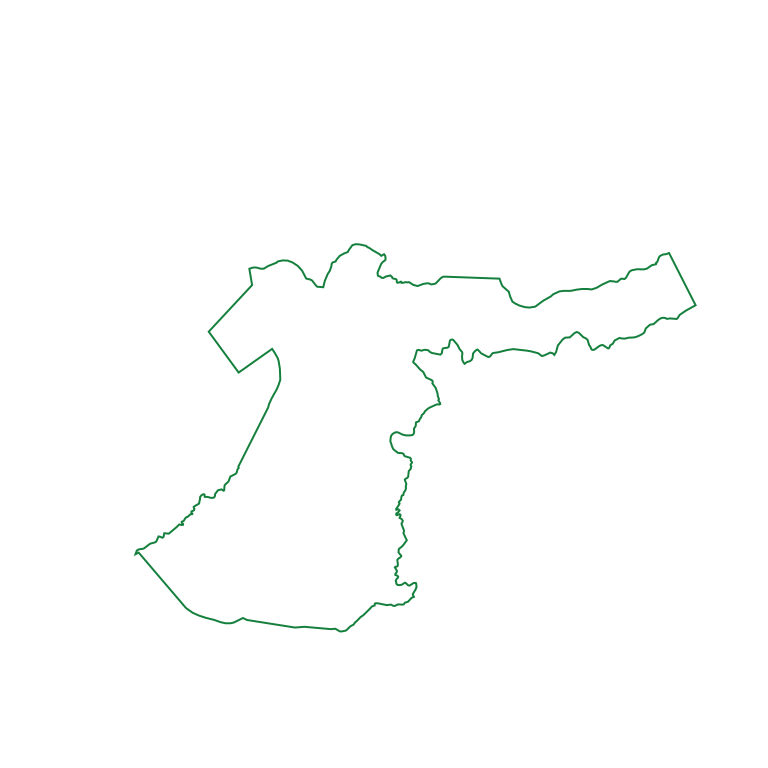 the district of Marcala, La Paz, Honduras, rotated 227°
{"feature_id": "27666195B78924696380449", "entity_name": "Marcala", "entity_type": "district", "adm_level": 2, "iso_a3": "HND", "parent_name": "Honduras", "parent_adm1": "La Paz", "projection": "robinson", "projection_center": [-88.047, 14.123], "detail": "fine", "context": "isolated", "style": "outline", "palette": "green", "viewbox_px": 768, "rotation_deg": 227, "n_neighbors": 0, "source": "geoboundaries", "source_scale": "gbopen_adm2", "svg_char_len": 6154}
<svg xmlns="http://www.w3.org/2000/svg" viewBox="0 0 768 768"><g transform="rotate(227 384 384)"><path d="M207.9,260.7L210.1,261.3L210.7,261.8L212.3,267.3L213.5,269.5L216.4,271.6L217.2,271.2L218.3,269.8L219.1,265.4L220.1,264.4L224.0,264.1L224.5,263.6L225.0,260.4L226.2,258.3L227.8,256.9L229.3,256.8L232.2,258.5L232.7,259.9L232.9,262.2L233.5,263.0L234.6,263.0L236.7,262.1L237.4,262.9L237.7,265.0L238.5,266.0L242.5,266.9L242.5,267.8L241.7,268.9L241.6,269.7L242.3,270.9L246.2,273.7L246.5,275.1L246.1,277.7L246.2,278.9L246.6,279.5L250.8,279.7L253.0,281.9L253.2,283.6L252.9,285.2L253.0,288.0L254.2,294.1L261.7,296.5L262.6,298.1L263.5,298.8L269.6,301.3L270.2,302.0L270.4,303.3L271.2,304.5L273.1,304.8L275.5,304.1L276.4,306.2L277.0,306.8L278.1,306.7L279.2,304.0L280.2,303.8L280.9,304.9L280.5,306.8L280.9,309.2L282.6,309.0L283.6,307.2L284.3,307.6L285.6,313.2L285.9,313.8L287.1,314.0L287.6,314.7L287.8,317.5L289.9,320.3L290.2,321.2L289.6,322.4L291.2,324.5L291.3,325.9L292.0,327.8L292.8,329.0L294.3,330.1L295.6,332.1L299.8,333.9L300.0,335.1L299.5,336.8L299.6,338.3L303.4,342.7L303.7,345.8L304.5,346.4L305.1,347.8L306.4,348.1L307.0,348.7L307.2,350.2L307.6,351.1L309.8,351.3L310.9,352.6L312.2,352.8L316.8,350.1L317.8,349.9L319.4,350.6L321.0,350.1L324.2,347.2L329.4,346.4L330.7,346.5L333.0,347.4L337.8,349.6L340.6,352.8L341.5,354.6L341.5,357.0L341.0,359.0L340.1,360.4L338.9,361.3L334.4,363.0L331.3,365.1L328.9,367.7L327.4,369.8L327.2,370.6L327.4,371.8L328.3,373.3L330.9,375.4L331.7,378.6L334.1,381.2L333.0,384.0L334.2,387.2L334.2,388.3L335.5,390.5L335.4,393.2L336.1,395.3L336.0,399.4L335.6,401.3L333.4,407.9L332.5,409.5L331.2,410.5L331.0,411.5L332.1,412.1L335.0,412.6L335.5,413.9L338.3,415.0L340.4,416.6L345.8,419.1L351.5,419.8L352.2,421.0L353.3,421.6L354.3,421.5L360.1,419.2L366.0,420.9L370.1,420.3L376.4,420.5L379.9,420.2L380.4,420.6L382.0,424.2L386.1,431.0L385.4,432.6L382.9,434.0L381.4,436.9L379.5,438.7L378.3,439.4L376.4,439.4L374.0,440.2L367.0,445.3L367.1,447.4L368.8,449.4L369.8,451.1L369.3,452.4L367.4,455.0L367.0,456.3L367.5,457.4L370.7,461.7L370.8,462.9L370.1,464.2L368.9,464.7L362.5,464.4L358.0,463.1L354.1,462.9L353.0,462.3L350.8,459.7L348.1,457.6L345.3,456.8L343.8,456.7L343.5,459.6L342.1,462.4L341.9,464.6L342.6,466.5L345.6,470.0L346.0,473.2L345.6,475.7L344.8,476.0L340.1,476.0L333.5,478.3L332.3,479.0L331.8,480.6L332.4,483.7L332.3,484.9L329.4,489.0L324.8,497.3L321.4,502.3L311.0,511.2L307.4,513.9L301.4,517.7L296.8,518.5L295.6,520.7L293.6,527.0L291.5,528.3L289.1,528.4L290.1,531.8L293.6,537.4L294.7,544.9L294.4,548.0L291.4,551.7L291.3,558.3L290.5,560.5L288.5,561.4L282.2,561.7L280.1,562.7L277.4,563.0L272.7,560.6L270.4,560.3L268.2,559.4L267.2,559.5L266.2,560.3L265.6,561.6L264.9,567.5L264.0,569.9L263.0,570.7L257.3,572.1L256.9,572.5L256.9,573.5L258.0,576.0L257.4,578.7L258.5,582.4L257.1,587.6L254.7,589.3L252.7,591.4L251.1,594.4L247.3,598.9L245.6,602.6L244.5,606.4L244.1,608.8L244.4,610.1L246.1,613.3L246.0,618.3L245.8,619.3L244.0,621.9L243.8,628.2L243.5,630.4L242.8,632.3L241.7,633.7L240.6,634.6L238.6,635.4L237.0,637.8L231.9,642.5L232.0,643.9L232.9,647.5L231.8,654.7L229.1,665.6L285.4,681.8L286.4,679.1L288.4,676.4L289.4,673.1L289.1,671.5L287.0,667.3L287.0,665.4L286.3,665.2L286.1,664.6L288.2,661.0L289.1,654.9L290.7,652.1L295.4,647.3L298.0,643.1L298.6,641.5L298.6,639.5L296.7,633.6L296.7,631.6L299.3,629.3L299.6,624.3L301.1,622.8L302.7,621.8L303.6,620.7L304.7,620.1L305.4,619.0L307.8,611.9L309.4,605.0L311.5,600.4L314.4,597.9L318.4,593.7L321.5,589.4L324.7,584.2L329.5,579.0L332.0,575.6L334.2,569.1L334.3,565.6L336.3,557.4L337.4,547.4L340.7,542.5L344.2,539.4L348.9,536.6L353.5,534.8L356.7,534.1L361.9,535.9L366.4,538.2L374.5,537.4L377.1,538.1L382.3,540.3L421.8,500.9L422.3,499.8L422.7,497.4L422.3,491.0L422.6,489.4L424.7,486.4L427.2,485.3L428.0,484.5L430.4,481.0L432.7,475.4L436.5,473.0L441.4,471.8L442.3,470.4L443.8,469.3L444.8,467.3L446.0,465.8L446.9,466.3L447.4,466.1L447.9,464.4L448.8,462.9L449.8,462.9L451.3,464.1L452.2,464.4L455.4,462.4L457.2,462.9L459.0,462.7L461.2,458.9L462.0,455.9L463.1,454.8L465.0,454.4L467.4,453.4L469.9,455.3L473.7,463.7L474.1,466.1L473.7,469.5L474.9,470.9L476.9,472.3L478.9,472.5L479.6,469.4L481.8,469.3L490.0,466.8L493.8,466.0L495.1,465.3L497.3,465.1L502.9,461.2L505.6,458.6L507.1,455.6L506.0,449.7L505.2,447.7L506.7,443.8L507.9,439.1L507.3,434.0L506.6,432.1L507.8,429.7L507.9,428.9L507.5,427.7L505.9,425.6L503.8,421.7L502.8,417.7L499.6,410.7L496.2,405.6L500.7,401.5L502.6,401.4L508.8,402.0L510.7,401.3L514.2,399.0L522.7,401.4L529.1,401.5L535.3,400.0L539.9,397.7L543.4,394.3L545.9,390.2L546.1,389.5L546.0,388.2L549.3,379.7L550.3,374.8L552.2,372.6L555.9,370.3L557.8,368.5L558.9,366.9L560.1,364.1L546.3,355.0L541.8,291.5L491.5,285.5L486.0,326.1L481.6,325.4L475.4,323.9L472.5,322.5L466.1,318.2L457.8,311.0L455.0,305.9L453.2,301.7L450.2,292.3L447.8,286.4L445.8,283.2L422.9,221.1L421.7,220.5L421.5,218.8L419.6,215.6L419.5,214.0L421.1,208.5L418.7,203.6L418.8,199.7L418.6,198.3L415.2,194.5L415.5,193.8L417.7,193.3L419.5,190.2L418.8,185.8L418.3,184.8L417.5,184.2L417.1,183.2L417.0,182.1L417.4,181.3L418.8,179.7L421.7,178.0L423.7,175.9L425.6,177.3L426.1,177.2L426.7,176.4L427.1,174.8L426.8,172.5L425.4,171.0L422.7,167.2L424.0,161.2L423.5,160.6L422.1,160.3L421.4,159.3L421.3,158.4L422.1,156.5L421.9,155.9L421.2,155.4L420.0,155.5L419.6,155.1L420.7,153.6L420.8,149.7L421.4,148.5L421.3,147.0L420.5,144.2L421.2,142.1L420.3,141.5L418.6,141.6L418.1,141.0L418.9,139.8L420.9,138.5L420.8,135.0L421.3,124.6L424.7,121.5L422.5,118.4L422.8,117.0L425.2,116.0L426.3,115.1L424.3,110.6L424.1,109.4L424.6,108.0L426.7,104.1L427.5,96.0L430.2,91.9L430.6,90.8L430.7,89.5L429.0,86.2L428.0,89.6L355.5,86.4L353.6,86.7L347.0,88.1L340.5,90.9L334.4,94.3L327.3,98.9L321.2,102.1L317.0,105.0L313.6,108.7L311.9,111.7L309.1,121.2L304.8,122.9L266.6,152.8L260.7,160.2L240.8,178.1L238.2,181.5L233.2,183.0L231.8,184.4L229.6,188.1L229.7,194.2L228.8,197.6L229.4,200.6L229.2,202.1L229.5,208.1L229.0,211.2L229.3,221.4L229.6,223.2L228.4,226.1L229.6,227.4L229.6,228.0L228.1,229.7L220.2,235.4L218.0,238.6L215.0,239.7L214.2,240.9L213.3,243.9L209.9,247.2L209.4,248.2L209.8,250.2L208.4,253.0L208.8,258.4L207.9,260.7Z" fill="none" stroke="#15803d" stroke-width="2"/></g></svg>